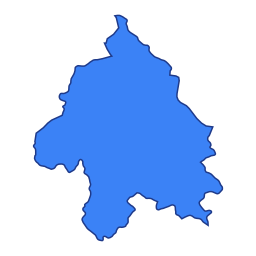 map outline of Grad Beograd (Robinson projection)
{"feature_id": "SRB-836", "entity_name": "Grad Beograd", "entity_type": "City", "adm_level": 1, "iso_a3": "SRB", "parent_name": "Republic of Serbia", "parent_adm1": "", "projection": "robinson", "projection_center": [20.4, 44.661], "detail": "fine", "context": "isolated", "style": "filled", "palette": "blue", "viewbox_px": 256, "rotation_deg": 0, "n_neighbors": 0, "source": "natural_earth", "source_scale": "10m", "svg_char_len": 5807}
<svg xmlns="http://www.w3.org/2000/svg" viewBox="0 0 256 256"><path d="M36.2,133.2L43.4,127.7L47.8,123.1L51.7,120.1L62.2,115.3L63.1,112.1L63.6,111.2L64.2,109.3L64.2,108.8L64.0,108.3L62.9,107.0L62.8,106.7L62.9,106.3L63.2,106.1L64.5,105.3L64.8,105.1L65.1,104.6L65.7,102.8L65.7,102.3L65.6,101.8L65.2,101.4L64.9,101.2L63.2,100.7L61.7,100.1L60.8,99.7L60.1,99.1L59.6,98.2L59.4,97.5L59.3,96.7L59.4,95.9L59.6,95.2L60.3,94.0L60.7,93.6L61.5,93.4L63.7,93.5L65.2,93.1L66.6,92.4L67.4,92.0L68.2,91.4L68.4,91.0L68.8,89.9L69.0,86.3L69.2,85.6L69.5,85.0L70.6,83.3L70.8,82.7L70.9,80.7L71.2,78.8L73.6,74.6L74.3,73.1L75.0,70.5L75.2,67.9L75.3,67.5L75.7,67.0L77.2,66.0L78.1,65.7L82.2,66.1L83.9,66.1L84.6,66.0L85.6,65.5L88.4,63.6L90.0,62.2L93.3,60.1L94.9,59.8L97.6,59.7L102.4,58.7L111.8,56.1L110.5,54.6L107.2,49.2L104.5,43.1L106.1,43.1L107.3,38.7L113.6,34.3L118.7,27.9L116.3,17.7L114.9,15.8L117.6,15.4L119.3,15.4L120.1,15.6L121.0,16.0L122.8,16.9L124.7,18.2L126.6,19.4L126.9,19.8L127.1,20.3L127.1,20.9L127.0,21.4L126.2,23.1L126.2,23.8L126.3,24.3L127.2,26.5L127.8,29.5L128.2,30.3L128.8,31.1L130.2,32.4L136.6,36.5L137.1,37.0L137.5,37.5L138.2,39.8L138.6,40.4L139.2,41.1L140.4,42.2L142.4,43.9L143.5,44.7L144.2,44.9L145.4,45.2L147.4,45.3L148.1,45.7L148.5,46.1L149.1,47.0L149.2,47.6L149.0,49.7L149.0,50.3L149.2,50.9L149.4,51.4L150.5,52.9L151.0,53.5L154.0,56.3L155.2,57.1L158.9,58.5L161.1,59.7L164.0,60.5L165.1,61.1L166.3,62.0L168.0,63.6L170.9,66.9L171.3,67.5L171.4,68.1L171.4,68.7L171.3,69.2L171.0,69.8L170.2,70.8L169.8,75.1L176.0,76.0L178.7,77.4L179.2,80.7L177.0,93.7L176.9,96.8L178.1,100.0L180.5,102.5L186.4,105.7L189.2,108.5L196.8,118.5L201.5,123.1L206.1,126.0L212.8,126.9L209.3,135.5L208.1,136.9L207.8,137.5L207.7,138.6L207.7,139.3L207.8,139.9L208.1,140.5L208.4,141.0L210.0,142.5L210.5,143.3L210.8,144.3L210.9,145.1L210.8,145.6L209.9,147.0L210.0,147.6L210.9,148.4L213.0,149.4L213.8,150.1L214.4,151.0L215.2,152.9L215.4,153.6L215.4,154.1L215.1,154.6L214.6,155.0L214.1,155.2L211.0,155.8L208.8,156.9L206.4,157.7L205.8,158.0L203.9,159.9L201.4,161.5L200.5,162.2L203.3,165.0L204.7,166.9L205.0,167.5L205.1,167.9L205.1,169.9L205.2,170.5L205.9,171.7L206.3,172.2L207.9,172.6L209.5,173.2L211.4,174.3L215.0,178.0L217.6,179.8L218.6,180.7L219.4,182.0L220.7,184.9L222.1,186.7L222.4,187.8L222.4,189.0L222.3,189.5L221.9,190.1L219.3,192.9L218.8,193.3L217.8,193.7L217.2,193.7L216.6,193.6L212.7,191.9L211.4,191.6L209.7,191.6L208.9,191.8L207.5,192.3L205.4,193.0L205.1,193.2L204.8,193.6L204.5,194.1L204.2,197.0L203.9,197.7L203.6,198.2L203.1,198.7L201.2,200.1L200.2,201.0L199.7,201.6L199.3,202.2L199.2,202.7L199.3,203.6L199.8,204.8L200.5,205.9L201.7,207.5L203.9,210.1L204.5,210.6L205.0,211.0L205.9,211.1L206.5,211.0L208.3,210.5L209.6,210.4L210.5,210.7L211.1,211.0L211.4,211.5L211.5,212.0L211.3,212.7L207.8,215.6L207.1,216.3L206.7,217.4L206.7,218.1L206.8,218.9L207.0,219.6L207.8,221.3L208.0,222.5L208.1,225.3L205.0,223.2L203.4,222.1L202.7,221.4L201.8,220.1L200.9,219.3L200.3,219.0L199.3,218.6L196.5,218.3L194.8,217.9L194.1,217.5L192.2,216.1L190.5,215.4L189.3,215.4L187.7,215.9L184.8,217.2L181.8,218.8L179.9,216.7L178.8,215.6L178.4,215.4L176.9,214.8L176.4,214.5L176.0,214.0L175.7,213.2L175.8,211.9L175.4,209.7L175.3,207.5L175.1,206.7L174.9,206.2L174.6,205.7L173.4,205.1L172.4,204.9L171.8,205.0L171.1,205.2L168.6,206.4L165.2,207.6L163.5,208.3L160.8,208.9L158.8,209.8L158.2,209.8L157.4,209.5L157.0,209.3L156.5,208.5L156.4,207.8L156.3,207.0L156.4,205.4L156.6,204.6L157.6,201.7L154.1,200.2L151.5,198.7L150.8,198.5L149.0,198.3L146.8,198.4L146.0,198.2L144.6,196.9L142.3,195.4L140.1,193.5L139.0,193.1L137.0,192.8L133.2,196.1L132.2,196.6L130.9,196.9L130.0,197.2L129.5,197.6L128.6,198.7L127.7,199.9L127.2,200.7L127.2,201.0L127.3,201.6L127.9,202.7L130.7,205.2L132.7,206.4L134.7,208.5L135.0,209.1L135.1,209.6L135.0,210.1L134.7,210.4L132.9,211.8L132.2,212.6L129.9,215.8L128.3,217.5L128.0,218.3L128.1,221.3L128.1,222.0L128.0,222.5L127.4,223.5L126.3,224.7L125.7,225.9L125.6,226.2L124.6,226.7L123.2,227.1L121.7,227.3L120.0,227.1L119.4,227.2L118.5,227.5L117.8,228.2L117.0,229.4L116.4,230.7L116.1,232.0L115.7,232.8L113.5,234.5L112.2,236.3L111.6,236.7L110.3,237.5L109.3,237.8L108.4,238.0L107.5,237.7L105.9,236.7L105.1,236.4L104.3,236.3L103.9,236.4L103.4,236.8L103.1,237.2L103.0,237.7L103.2,239.0L103.1,239.6L102.9,240.1L102.6,240.5L101.9,240.6L99.8,240.2L98.8,239.9L98.1,239.5L97.6,239.0L97.1,238.3L95.9,235.8L95.4,235.0L90.6,231.1L88.4,229.5L87.1,228.2L83.2,222.5L82.1,219.9L82.1,219.3L82.3,218.4L82.7,217.7L83.5,216.6L85.0,215.0L85.3,214.4L85.4,213.8L85.4,213.3L85.3,212.7L85.0,212.3L83.5,210.7L83.2,210.3L83.0,209.9L82.9,209.3L83.0,208.4L83.2,208.0L83.6,207.6L84.7,206.6L84.9,206.2L84.7,204.9L84.8,204.5L85.0,204.2L85.7,203.6L87.8,202.1L88.5,201.0L89.0,199.7L89.6,198.0L90.4,195.8L90.7,194.4L90.7,193.0L90.5,191.6L90.3,191.0L89.5,189.8L89.3,189.3L89.2,188.7L89.4,187.6L90.4,185.6L90.6,184.6L90.6,184.1L90.0,182.1L89.5,179.5L88.7,176.8L87.3,175.3L86.6,174.7L84.7,173.5L84.2,172.8L84.1,172.2L84.9,169.2L84.9,168.8L84.9,168.3L84.6,167.7L83.3,165.8L82.8,163.6L82.8,162.3L82.8,161.7L82.2,160.5L81.6,159.9L81.1,159.6L80.4,159.5L79.9,159.7L79.0,160.8L78.5,161.7L78.3,163.5L78.0,164.3L77.5,165.1L76.5,166.1L75.9,166.9L75.5,167.6L75.0,168.7L74.5,169.5L72.9,170.6L69.9,172.3L69.4,172.4L68.8,172.2L68.4,171.9L68.0,171.3L66.7,169.2L65.5,167.6L64.6,165.6L64.2,165.1L63.7,164.6L62.3,164.1L61.2,164.0L59.5,164.1L58.6,164.2L57.8,164.5L57.0,164.9L56.3,165.5L55.9,166.0L54.9,167.6L54.1,168.3L53.3,168.7L51.5,169.2L50.6,169.0L49.4,168.4L47.1,167.6L44.9,166.4L41.0,165.7L39.7,165.1L38.9,164.3L37.9,163.1L36.7,162.2L35.9,161.3L35.3,160.4L34.9,159.4L34.6,158.6L34.6,157.9L35.0,155.7L35.7,154.9L35.7,150.8L35.5,149.4L35.3,148.8L35.1,148.4L34.0,147.1L33.7,146.6L33.6,146.0L33.7,145.4L35.1,143.6L35.2,143.2L35.2,142.8L34.9,141.6L36.2,133.2Z" fill="#3b82f6" stroke="#1e3a8a" stroke-width="1.5"/></svg>